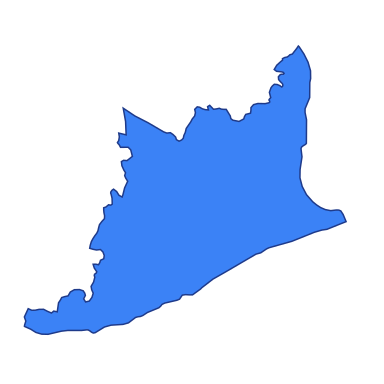 the border of Gangwon, rotated 95°
{"feature_id": "KOR-2496", "entity_name": "Gangwon", "entity_type": "Province", "adm_level": 1, "iso_a3": "KOR", "parent_name": "South Korea", "parent_adm1": "", "projection": "albers", "projection_center": [128.239, 37.618], "detail": "fine", "context": "isolated", "style": "filled", "palette": "blue", "viewbox_px": 384, "rotation_deg": 95, "n_neighbors": 0, "source": "natural_earth", "source_scale": "10m", "svg_char_len": 3261}
<svg xmlns="http://www.w3.org/2000/svg" viewBox="0 0 384 384"><g transform="rotate(95 192 192)"><path d="M160.2,86.3L168.5,85.7L176.9,82.7L184.7,77.7L191.2,70.9L194.0,66.8L196.3,62.5L197.9,57.7L198.5,52.2L197.4,46.9L197.2,44.2L197.9,42.1L201.2,39.5L208.1,35.9L211.7,43.1L217.4,54.3L218.6,59.3L221.5,66.7L232.3,88.0L240.8,110.4L242.2,112.8L246.6,118.2L248.3,122.8L268.9,151.9L276.9,163.5L286.5,173.9L287.9,175.0L294.4,182.5L294.7,185.7L294.8,189.5L295.6,192.7L299.9,195.1L301.2,197.7L305.0,209.4L306.6,212.1L308.5,213.3L310.2,214.9L315.9,225.9L319.3,230.2L320.5,232.5L321.0,235.0L321.9,237.3L327.9,243.9L329.9,249.2L331.7,261.0L334.1,267.4L340.6,276.2L341.1,278.1L340.4,279.9L339.3,281.6L338.5,283.3L338.5,284.8L339.5,289.7L340.7,303.5L342.0,309.9L346.3,323.0L346.7,329.4L345.5,335.3L342.7,340.8L340.5,347.2L339.3,347.2L335.1,346.3L331.1,348.1L322.5,345.0L323.8,341.3L323.4,337.8L322.2,334.0L321.8,329.6L323.5,325.5L324.8,321.5L323.8,320.4L322.7,319.4L323.1,315.8L314.0,315.3L311.3,313.8L308.5,312.6L307.3,309.7L306.3,306.4L302.2,304.5L299.6,300.7L299.0,295.6L299.9,291.8L302.0,290.1L304.3,289.2L307.9,290.6L310.8,288.4L309.6,284.8L305.7,282.5L301.4,281.6L298.1,283.4L294.8,284.3L290.3,282.2L285.4,281.4L283.7,282.1L282.4,281.9L281.3,280.5L279.8,279.9L276.3,282.7L272.6,284.2L272.3,281.5L272.6,278.8L270.4,277.7L268.0,277.2L266.2,274.1L262.9,273.9L259.5,275.5L257.3,278.2L258.1,282.1L257.7,285.6L257.0,289.0L253.8,288.7L250.1,287.9L247.1,286.6L243.9,284.9L241.4,283.3L238.8,282.3L235.7,281.9L232.5,281.3L229.2,279.2L226.2,276.9L223.3,277.0L220.3,277.9L217.6,278.4L215.4,278.6L214.5,276.5L212.0,274.0L212.2,271.8L211.0,270.4L205.1,271.1L201.3,272.4L200.2,272.9L199.1,272.9L197.3,271.9L196.0,270.4L198.1,267.1L201.6,264.5L203.1,261.2L200.9,260.6L193.8,259.5L186.9,257.0L184.0,259.2L181.6,260.5L178.6,259.9L176.1,261.8L172.0,264.1L167.9,265.0L166.4,262.9L166.4,259.5L161.7,254.5L155.4,256.7L153.0,259.5L153.7,267.1L151.1,268.8L150.3,269.8L149.3,270.6L148.3,270.1L147.2,269.5L143.4,269.2L139.7,270.1L140.8,262.6L127.6,264.3L114.5,267.8L121.3,255.4L126.8,241.9L134.5,225.7L135.5,222.2L134.8,218.7L136.4,215.9L138.7,213.1L141.2,212.1L142.5,209.3L141.1,206.9L139.3,205.4L136.3,205.0L133.3,203.9L129.2,203.3L122.3,199.4L119.2,198.1L116.1,196.0L112.7,195.5L109.4,196.5L106.7,194.2L106.9,191.7L108.2,189.0L108.8,186.0L108.8,182.8L105.6,183.9L104.1,181.9L107.7,177.8L107.1,174.9L106.2,172.1L106.9,170.0L106.9,167.5L106.7,165.1L112.9,160.5L115.5,159.7L116.9,157.6L117.6,151.3L114.7,146.8L112.3,146.3L110.0,145.2L108.4,140.6L105.7,140.4L102.8,140.6L99.6,138.3L98.1,134.1L97.6,126.8L96.4,123.1L95.6,122.4L94.6,122.6L94.0,123.2L93.2,123.3L91.1,121.8L86.0,123.6L81.3,122.4L79.4,121.2L77.5,119.4L77.5,116.5L78.4,113.7L79.1,112.7L79.6,111.7L78.8,111.0L77.8,110.8L76.8,111.0L76.0,111.6L74.3,113.7L72.5,115.5L69.7,116.0L67.3,114.3L66.8,112.7L66.7,111.2L65.8,110.6L64.8,111.6L64.5,113.2L64.4,118.3L62.8,120.8L58.3,118.6L54.3,114.9L52.8,113.3L51.3,113.5L50.0,111.5L49.2,108.9L48.1,107.6L46.8,106.5L45.8,104.0L44.0,102.9L39.7,100.1L37.3,98.8L38.0,97.9L44.8,92.5L52.6,87.7L60.9,84.5L68.7,83.7L72.6,84.2L87.7,83.0L99.2,86.6L102.9,86.3L110.1,84.2L133.6,82.3L134.6,83.0L136.2,85.2L137.7,86.8L139.3,87.2L147.4,85.5L160.2,86.3Z" fill="#3b82f6" stroke="#1e3a8a" stroke-width="1.5"/></g></svg>